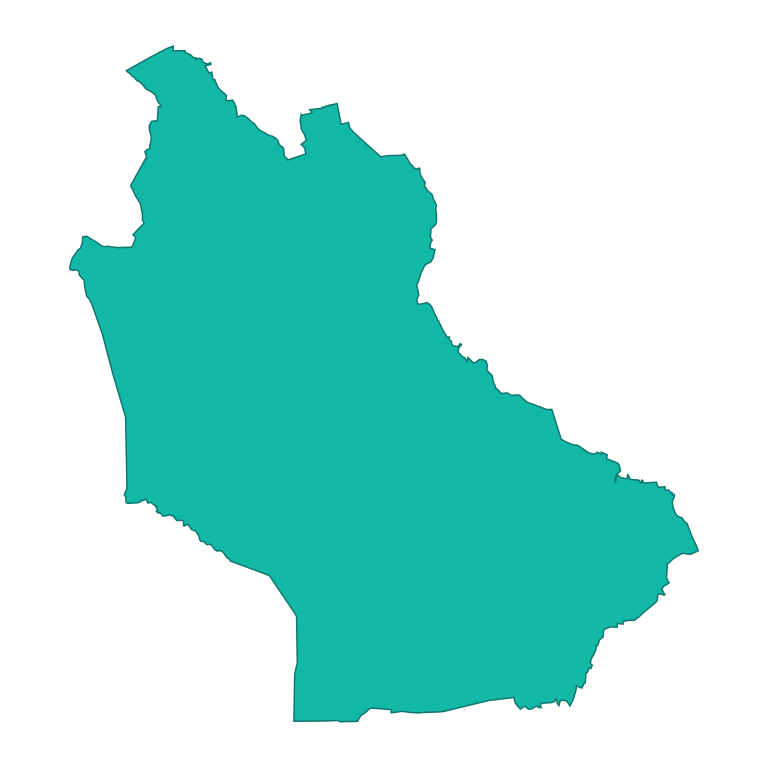 the district of Churintzio, Michoacán, Mexico
{"feature_id": "50627088B84836329176136", "entity_name": "Churintzio", "entity_type": "district", "adm_level": 2, "iso_a3": "MEX", "parent_name": "Mexico", "parent_adm1": "Michoacán", "projection": "robinson", "projection_center": [-102.078, 20.14], "detail": "fine", "context": "isolated", "style": "filled", "palette": "teal", "viewbox_px": 768, "rotation_deg": 0, "n_neighbors": 0, "source": "geoboundaries", "source_scale": "gbopen_adm2", "svg_char_len": 6071}
<svg xmlns="http://www.w3.org/2000/svg" viewBox="0 0 768 768"><path d="M575.9,690.6L576.4,686.0L581.9,688.1L584.0,683.7L585.2,682.9L586.1,672.4L587.3,672.5L589.4,667.7L590.7,668.6L592.3,665.3L590.3,663.5L590.9,660.0L592.4,656.4L593.8,654.7L595.9,649.6L596.4,645.7L597.5,645.8L599.7,639.6L603.1,637.1L603.7,629.7L610.2,626.9L617.1,627.2L617.4,623.4L623.1,624.1L623.1,621.4L625.8,621.0L625.9,620.4L634.5,620.3L639.6,616.3L642.3,613.6L656.6,601.6L657.3,600.3L657.5,596.2L658.3,594.0L661.2,594.1L663.2,595.0L663.6,594.7L664.9,594.7L662.0,589.7L662.7,587.5L664.3,585.7L667.4,584.2L669.2,582.6L668.3,581.8L666.5,577.4L667.4,564.1L673.9,558.2L682.3,553.3L690.6,554.3L698.3,550.8L695.7,544.3L692.3,537.4L687.0,523.4L684.7,521.9L682.3,518.2L676.7,515.5L675.1,512.5L673.6,508.7L673.3,508.7L672.1,501.3L674.1,497.5L674.4,494.5L672.5,494.8L672.4,492.9L670.5,492.4L668.6,490.0L666.5,490.4L665.2,489.5L664.9,486.7L658.1,487.4L656.4,482.2L645.5,482.9L643.0,482.6L642.8,480.7L641.8,480.2L641.1,482.9L639.9,482.0L639.4,480.8L638.4,480.0L630.6,479.6L628.0,474.7L627.7,474.6L627.1,479.0L620.2,477.3L616.8,474.3L620.5,471.0L619.3,465.3L617.6,463.1L606.6,458.7L607.1,454.8L601.3,452.2L601.4,454.0L599.3,453.4L597.4,452.2L595.2,453.8L594.0,454.1L588.8,452.9L579.0,446.1L576.7,445.0L574.3,445.0L572.0,444.5L565.2,441.5L561.2,439.3L551.8,409.4L546.9,409.6L527.0,402.1L522.7,398.4L519.9,395.4L517.4,394.8L511.6,395.5L508.2,393.4L506.4,392.9L501.7,393.6L495.7,387.9L495.1,385.4L494.5,384.8L493.2,381.4L492.4,376.4L491.6,375.0L487.3,370.8L486.9,369.4L487.3,365.4L486.2,361.6L485.4,360.8L482.5,359.4L479.7,359.4L475.7,362.4L473.7,363.1L468.0,357.5L467.4,361.1L466.7,360.6L464.9,358.0L462.6,356.7L458.2,352.3L458.7,347.6L460.6,345.9L461.5,344.5L460.9,343.9L460.1,343.8L457.8,346.6L453.5,345.8L451.9,344.6L451.4,341.6L449.7,339.7L449.1,338.3L449.4,337.1L447.2,337.2L444.8,333.5L442.4,329.2L438.6,321.0L438.0,320.6L437.4,319.6L436.6,317.2L434.5,313.7L432.1,307.6L429.9,304.4L427.1,302.7L418.9,304.4L417.7,303.2L416.7,301.0L416.8,300.0L418.7,295.0L418.7,294.2L416.7,285.0L418.8,280.4L421.2,272.7L425.1,264.8L430.8,261.8L433.2,257.9L435.0,249.5L430.3,248.4L430.0,245.8L430.6,243.2L432.2,240.1L431.4,238.6L430.5,237.7L430.9,229.1L435.9,224.0L436.5,221.0L436.4,213.4L435.8,210.1L435.9,207.8L436.4,205.7L435.2,202.4L433.2,198.9L432.9,196.7L432.0,194.4L427.3,190.4L425.4,187.1L424.3,186.6L425.2,182.4L421.8,177.6L420.4,174.6L419.7,171.5L419.9,169.4L419.5,168.2L418.8,168.1L417.5,169.3L415.5,168.3L414.3,168.3L412.0,165.3L410.5,164.3L404.6,154.1L401.3,155.3L387.1,155.7L380.7,156.8L354.1,132.8L349.9,128.2L348.4,122.5L341.1,124.3L337.1,103.6L328.6,105.4L328.3,105.9L326.4,105.9L325.4,106.3L325.1,107.3L322.3,107.1L322.2,108.3L309.8,109.7L311.6,111.8L312.0,112.9L301.7,115.3L301.2,114.4L300.1,120.8L301.4,129.2L304.8,135.2L306.2,140.5L301.1,144.4L302.8,145.7L305.3,149.3L305.5,150.7L305.1,150.7L305.9,153.9L287.6,160.0L287.2,158.9L284.4,156.3L283.5,148.5L282.9,147.3L280.7,146.0L279.2,144.5L278.2,141.2L276.0,138.4L272.6,136.3L268.4,135.2L264.6,132.7L260.2,130.6L257.2,127.7L254.4,123.8L251.5,121.8L247.8,118.1L244.4,115.8L241.5,115.2L237.4,117.1L235.9,106.1L235.3,106.2L234.5,103.0L232.6,100.1L227.8,100.8L225.9,100.3L226.4,95.3L220.0,89.9L217.6,86.5L214.6,79.4L212.9,79.8L211.8,72.2L208.8,72.8L205.1,65.8L210.8,64.5L210.7,62.8L207.4,64.0L203.1,62.3L202.3,60.0L200.9,58.7L200.6,58.9L199.1,58.2L196.2,59.7L196.4,57.9L194.2,57.9L192.4,56.7L190.6,54.9L185.1,52.4L185.1,50.8L173.2,50.7L173.2,46.1L166.9,48.5L151.1,56.8L126.4,70.6L126.8,71.3L130.4,74.0L132.1,76.2L133.6,76.8L137.4,81.0L139.7,81.7L144.1,86.3L144.4,87.2L145.8,88.8L150.9,91.5L155.6,95.2L156.5,98.7L158.5,102.7L159.8,103.9L160.9,106.7L158.3,106.6L157.3,121.0L154.1,120.9L151.5,121.5L149.2,126.0L149.3,126.7L149.9,127.3L149.2,127.9L149.8,131.6L150.8,134.5L151.3,138.4L151.1,140.4L149.8,145.2L149.9,148.7L147.4,149.4L144.9,151.5L146.8,158.3L146.0,158.4L145.3,159.0L130.9,185.1L131.1,187.0L132.3,188.8L135.3,195.5L140.4,203.6L142.5,214.9L142.5,220.3L144.3,223.1L142.3,224.9L133.1,234.6L135.8,237.8L132.2,246.9L130.4,247.2L117.3,247.6L114.7,247.1L111.6,247.2L108.8,246.3L105.8,246.4L105.0,246.7L102.3,246.3L98.2,243.3L86.5,236.2L82.7,236.9L82.3,242.9L80.6,248.0L77.5,250.6L72.8,257.5L71.3,260.6L69.7,268.5L70.0,269.4L71.4,270.0L72.9,270.3L76.4,269.8L77.8,270.4L79.0,271.8L79.2,274.8L82.2,278.4L84.1,280.2L84.8,287.6L86.7,296.1L89.8,299.8L92.2,305.2L102.4,334.1L112.9,374.0L125.6,417.2L127.0,488.4L124.7,493.6L124.4,495.0L126.0,497.4L126.0,502.5L127.6,503.3L137.5,502.8L140.3,501.9L141.3,500.7L141.4,500.0L142.6,500.5L143.7,500.4L145.5,499.0L146.2,499.7L147.9,503.1L151.4,502.4L152.6,503.9L155.0,505.3L155.5,506.5L156.8,506.5L156.5,508.6L157.7,510.4L156.4,511.5L158.7,513.2L159.6,512.7L160.7,513.4L163.0,516.1L166.6,515.8L166.8,515.4L168.2,515.3L170.6,514.5L170.7,515.1L171.6,515.8L172.9,515.8L174.1,516.9L174.2,517.5L174.6,517.3L176.0,519.7L177.1,520.6L181.6,520.3L183.6,521.2L183.6,525.7L184.2,526.1L186.9,524.3L187.3,524.9L188.4,525.2L189.3,526.1L191.5,529.6L194.8,530.8L195.9,531.6L197.3,533.4L198.8,536.0L199.6,539.5L200.9,541.2L204.6,542.0L205.5,543.5L206.9,544.6L209.2,544.2L210.9,544.8L212.6,546.4L215.0,549.9L216.0,550.2L216.7,550.9L217.2,550.7L217.8,551.0L220.1,550.5L222.6,551.9L224.3,553.7L225.9,556.4L227.2,557.9L228.8,558.7L230.6,561.1L269.3,575.5L295.5,614.3L296.6,616.8L297.3,663.2L294.7,673.7L293.9,721.3L328.2,720.9L337.8,720.5L340.6,721.9L344.1,721.6L357.7,721.4L358.9,718.6L361.0,715.4L362.1,714.5L364.0,713.6L366.5,711.6L367.9,710.0L370.9,708.1L386.8,709.2L391.5,709.8L391.1,712.8L401.2,711.5L401.3,711.2L410.8,712.5L418.8,712.9L425.3,712.3L438.1,712.0L444.0,711.4L488.6,700.5L513.8,697.5L515.2,702.8L516.5,704.7L520.4,709.1L524.6,706.3L525.8,706.9L528.5,709.2L531.8,708.9L535.0,706.9L537.0,706.1L537.6,706.2L538.4,707.5L541.2,707.5L540.2,706.6L540.8,703.8L543.3,703.1L551.2,702.6L554.6,701.6L554.8,700.3L556.3,698.9L557.4,703.5L558.9,705.6L560.3,700.4L564.6,700.4L567.0,701.4L569.9,705.9L572.9,700.2L575.9,690.6ZM616.8,474.3L615.6,481.8L615.2,481.9L615.5,476.6L616.8,474.3Z" fill="#14b8a6" stroke="#0f766e" stroke-width="1.5"/></svg>